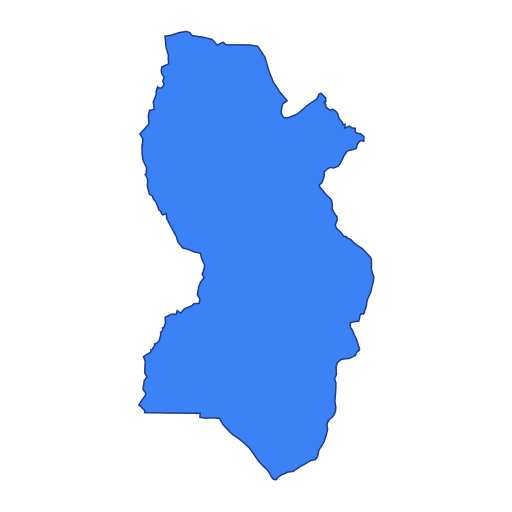 Todee, Montserrado, Liberia, rotated 181°
{"feature_id": "62588387B18343621802172", "entity_name": "Todee", "entity_type": "district", "adm_level": 2, "iso_a3": "LBR", "parent_name": "Liberia", "parent_adm1": "Montserrado", "projection": "natural_earth1", "projection_center": [-10.474, 6.631], "detail": "fine", "context": "isolated", "style": "filled", "palette": "blue", "viewbox_px": 512, "rotation_deg": 181, "n_neighbors": 0, "source": "geoboundaries", "source_scale": "gbopen_adm2", "svg_char_len": 5803}
<svg xmlns="http://www.w3.org/2000/svg" viewBox="0 0 512 512"><g transform="rotate(181 256 256)"><path d="M350.8,474.3L349.6,463.5L348.9,461.2L347.1,455.0L347.1,454.2L347.2,450.7L346.9,449.9L346.8,447.4L346.8,446.7L348.1,445.9L352.5,443.9L353.5,443.4L353.7,441.9L354.0,440.0L353.8,438.8L353.6,437.2L352.5,435.4L352.0,434.5L350.9,433.1L351.5,431.5L352.1,429.9L352.1,429.3L352.1,429.2L352.1,428.8L352.0,428.0L351.4,427.4L351.3,427.2L350.8,426.9L350.9,426.7L351.1,425.9L352.1,423.8L353.1,422.8L353.4,422.5L354.6,422.2L354.9,422.1L356.7,422.7L357.2,423.5L357.7,422.4L358.7,418.7L358.6,418.1L358.5,415.9L361.4,408.2L360.2,400.8L360.3,400.7L361.8,400.5L362.8,400.1L364.1,399.9L364.7,399.8L364.8,399.9L364.9,399.7L365.3,398.7L366.1,394.5L365.3,386.3L369.5,381.3L370.2,380.5L373.1,377.3L374.2,376.1L373.6,375.1L371.9,372.2L371.2,370.9L371.2,369.0L371.3,367.6L371.4,367.3L372.0,365.2L371.3,364.8L371.5,363.6L372.0,363.3L371.8,360.8L371.7,360.8L371.7,357.8L371.7,356.6L371.3,354.0L370.3,348.8L370.2,348.7L367.6,343.8L367.1,342.9L367.0,342.3L366.9,341.8L367.1,338.6L367.2,336.1L368.2,335.5L367.1,333.6L366.3,332.3L365.6,329.7L365.9,324.4L365.9,324.2L365.0,320.7L364.2,318.1L363.9,316.8L363.7,316.2L363.2,315.6L361.5,314.8L360.3,313.8L360.1,312.2L359.1,310.7L357.2,308.5L356.2,306.2L353.6,300.1L352.7,299.4L351.6,298.5L351.3,296.8L350.0,295.4L347.7,296.3L346.4,296.8L346.0,292.1L343.4,287.3L343.1,286.8L342.0,284.7L340.2,281.5L339.8,280.7L339.7,280.6L335.8,273.5L335.5,272.4L334.6,269.4L334.4,268.8L332.4,266.5L331.2,265.1L330.7,264.4L329.3,262.7L324.5,261.6L323.4,261.3L321.5,260.5L317.9,259.0L317.0,258.8L312.9,258.1L311.6,257.8L311.4,257.0L310.7,253.9L310.4,253.1L310.3,252.7L310.1,252.2L309.0,249.8L307.9,247.5L307.3,246.3L307.5,242.9L307.5,242.0L307.8,242.0L308.1,241.1L308.9,238.1L309.0,237.9L309.6,236.8L307.5,233.5L310.8,229.2L312.8,224.0L313.0,222.5L313.8,217.3L314.0,216.5L313.2,215.2L311.3,212.1L311.4,211.6L311.7,209.9L312.1,207.6L317.2,207.3L319.2,205.2L319.8,205.0L320.8,204.5L322.7,203.8L323.2,203.5L326.7,201.9L327.2,201.3L330.2,197.6L333.8,200.0L334.8,196.4L339.3,196.4L339.6,196.3L342.7,194.7L343.4,194.3L344.4,193.8L345.8,193.1L345.3,187.5L347.2,182.5L348.2,182.5L347.9,181.3L348.5,179.4L350.1,178.0L349.8,175.8L350.9,171.5L351.1,169.8L353.7,167.2L356.0,166.2L355.3,164.9L357.5,162.2L357.9,160.8L359.5,160.3L359.3,159.1L359.8,157.7L360.3,157.4L362.9,156.1L363.3,155.9L364.1,155.3L366.8,153.3L365.1,149.2L365.0,148.9L364.9,148.6L365.0,146.9L365.0,146.7L365.1,143.3L365.1,142.9L365.2,141.1L365.2,139.3L365.3,137.8L365.3,137.4L364.4,135.8L363.3,133.9L362.9,133.2L363.1,132.9L365.5,129.6L366.7,120.9L366.4,120.5L365.0,118.5L364.2,117.4L363.8,116.9L364.4,114.3L368.1,109.1L370.5,104.9L370.4,104.8L370.0,104.5L368.3,103.3L367.9,102.8L364.6,99.5L364.7,97.7L364.7,97.4L364.2,97.4L348.3,97.5L339.5,97.5L330.8,97.6L309.1,97.7L309.2,93.6L304.7,93.1L303.7,93.0L296.2,93.4L292.4,93.3L291.8,92.8L289.9,93.4L287.5,89.4L286.2,87.0L284.3,85.0L279.5,80.1L276.0,76.9L270.9,73.6L266.1,70.1L259.6,64.3L255.1,58.5L253.4,55.9L252.2,54.2L250.1,51.3L246.0,46.9L243.0,44.2L241.6,43.0L239.1,39.9L236.8,35.7L236.4,35.1L235.2,33.6L234.7,33.0L233.7,32.9L231.9,32.7L231.3,34.0L229.8,35.4L227.1,37.4L223.6,39.0L222.6,39.4L220.4,40.5L215.0,41.3L209.8,45.2L203.4,48.9L197.3,52.7L193.2,53.4L191.1,56.1L191.0,56.8L190.6,58.5L189.7,63.1L186.6,68.1L184.5,71.8L183.9,74.2L182.4,78.9L182.4,79.7L181.6,82.5L181.4,84.8L181.6,85.7L181.9,86.6L182.0,89.7L181.1,91.7L180.6,92.0L181.2,92.4L176.1,97.2L175.5,98.1L175.4,98.3L173.8,102.3L173.6,105.6L173.6,106.2L174.2,110.1L174.3,110.8L174.6,112.0L173.8,125.5L173.9,125.9L173.9,128.4L173.9,130.7L174.9,133.6L175.4,134.6L173.6,138.6L173.5,138.9L173.9,145.6L174.0,147.3L173.2,148.9L172.9,150.3L172.0,151.3L171.4,152.4L170.2,153.2L169.9,153.4L169.5,153.5L168.4,154.3L160.7,155.3L156.5,157.5L155.1,158.2L154.8,158.6L154.6,159.2L154.4,159.5L153.6,161.6L151.3,163.3L151.3,163.6L150.8,165.4L151.5,166.8L151.7,167.3L152.8,170.5L153.1,171.6L154.6,175.3L154.8,175.6L156.0,178.1L158.3,183.4L160.4,186.5L160.5,187.2L160.6,189.3L160.7,190.6L160.3,190.9L158.4,191.7L152.2,192.6L152.0,193.3L151.5,194.4L151.2,197.6L150.2,199.9L147.6,199.8L146.7,201.1L146.3,203.4L146.2,203.7L145.5,205.2L144.8,208.0L144.1,213.9L141.5,219.9L140.7,221.8L139.3,228.4L138.2,232.8L138.1,233.9L137.8,237.5L138.4,238.6L139.2,240.0L140.3,244.8L140.5,254.5L142.0,257.3L146.3,261.6L150.0,265.4L150.4,265.6L155.2,268.5L157.4,270.3L157.7,270.5L158.5,271.1L161.3,273.9L165.7,275.9L165.8,277.0L168.8,277.2L170.6,280.0L172.5,282.0L174.9,284.1L176.0,285.0L177.3,288.4L175.4,293.8L175.7,296.6L177.8,299.2L179.2,301.6L180.6,304.0L180.6,308.3L181.1,311.9L182.4,314.5L186.9,318.5L189.0,321.0L192.7,325.2L193.3,325.9L193.9,328.3L191.4,330.4L189.9,334.4L189.2,337.6L189.2,338.2L189.2,341.2L187.0,343.7L183.6,345.8L179.8,345.4L176.3,346.9L175.4,347.2L173.7,349.6L171.5,353.7L171.3,354.1L170.1,357.3L168.3,359.9L167.0,361.9L166.6,362.6L161.4,364.0L157.6,365.4L156.6,369.4L154.5,372.5L152.1,373.3L150.2,372.5L150.2,377.4L153.9,380.2L156.4,380.2L159.0,381.9L159.0,385.5L161.5,385.5L163.6,386.7L165.0,387.5L169.6,385.5L169.2,389.3L171.4,388.8L171.8,390.8L173.9,393.4L175.6,395.4L176.7,399.5L178.7,402.1L179.5,402.6L182.0,404.1L184.9,403.1L188.6,406.1L189.1,408.9L190.4,411.0L188.9,411.5L189.1,415.3L193.9,419.9L195.7,419.1L197.9,414.0L206.4,408.2L215.6,400.0L217.1,398.7L226.6,394.6L230.6,394.8L233.2,398.9L233.1,402.5L233.0,403.8L231.9,408.6L227.5,411.7L231.3,416.1L235.3,420.6L238.4,425.3L240.1,427.8L241.5,429.8L245.9,440.0L246.8,442.9L250.6,455.1L257.4,464.9L258.0,465.7L265.9,466.9L277.7,466.8L283.1,466.7L289.9,466.6L291.0,467.7L292.6,469.1L298.5,466.3L303.6,471.7L312.0,473.7L312.8,473.8L323.7,475.2L324.1,475.7L324.9,476.7L326.1,478.2L329.8,479.3L336.9,478.0L345.7,474.9L350.8,474.3Z" fill="#3b82f6" stroke="#1e3a8a" stroke-width="1.5"/></g></svg>